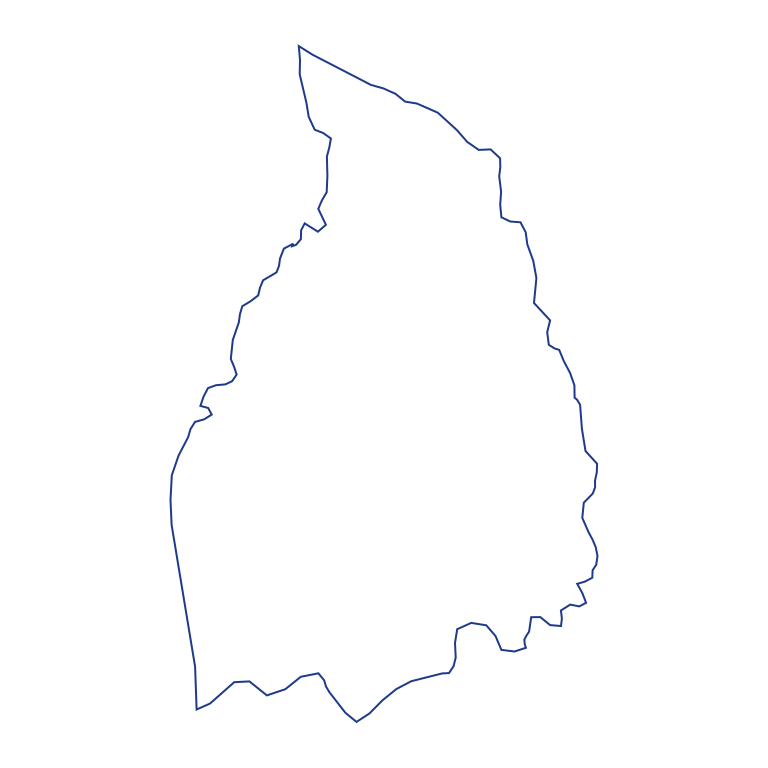 outline of Kuruṇægala
{"feature_id": "LKA-2461", "entity_name": "Kuruṇægala", "entity_type": "District", "adm_level": 1, "iso_a3": "LKA", "parent_name": "Sri Lanka", "parent_adm1": "", "projection": "robinson", "projection_center": [80.272, 7.727], "detail": "fine", "context": "isolated", "style": "outline", "palette": "blue", "viewbox_px": 768, "rotation_deg": 0, "n_neighbors": 0, "source": "natural_earth", "source_scale": "10m", "svg_char_len": 1944}
<svg xmlns="http://www.w3.org/2000/svg" viewBox="0 0 768 768"><path d="M501.4,649.9L495.5,636.0L486.3,625.3L471.2,622.9L457.2,629.2L455.0,642.9L455.7,657.6L453.6,666.1L449.0,673.1L442.3,673.4L411.3,681.2L396.4,689.0L382.5,700.3L369.4,713.5L356.5,721.9L345.4,712.8L329.6,692.5L326.0,686.5L324.2,680.4L318.4,673.3L300.8,676.8L285.3,689.2L266.9,695.4L249.4,681.4L234.2,682.2L210.1,703.5L196.6,709.5L195.1,666.7L171.6,524.8L170.5,500.0L171.8,475.3L178.6,455.5L188.1,437.2L190.5,429.1L195.0,421.9L204.2,419.3L211.7,414.6L208.2,408.0L200.4,405.9L203.6,396.5L208.0,388.1L216.1,385.2L225.3,384.4L232.1,381.2L236.6,374.6L234.2,367.0L230.8,359.0L232.8,340.0L238.8,322.5L240.0,314.0L242.3,306.2L250.5,301.3L258.2,295.4L260.0,287.7L263.1,280.3L276.5,272.4L279.0,265.9L280.0,258.6L283.9,248.6L293.3,243.7L292.5,244.9L292.1,246.2L296.1,244.8L300.9,239.1L301.1,230.3L304.7,223.4L317.9,231.7L325.9,224.8L318.3,208.8L321.9,200.4L326.7,192.2L327.4,175.9L326.9,156.5L329.4,147.1L330.9,138.5L323.3,133.1L314.7,129.7L308.7,116.8L306.4,102.7L299.7,74.3L300.0,59.8L298.8,46.1L312.5,54.7L370.9,84.9L383.4,88.4L395.6,93.9L405.1,101.6L416.8,103.5L437.8,112.7L456.9,130.1L467.2,141.9L478.7,149.9L490.6,149.4L500.1,158.3L500.3,167.3L499.2,176.3L501.1,191.7L500.2,204.8L501.4,217.3L510.2,221.5L520.5,222.3L525.7,232.3L527.3,244.3L533.3,261.0L536.4,278.0L534.0,303.0L550.1,320.4L547.2,332.2L548.8,344.8L554.5,348.4L559.2,349.9L563.8,361.1L570.1,373.0L574.4,385.3L574.6,397.7L576.9,399.5L580.1,404.7L581.9,428.7L585.5,451.0L597.1,463.8L596.8,472.3L595.0,480.8L595.1,487.3L592.8,493.5L583.8,502.7L582.3,517.9L588.6,532.3L592.5,539.5L595.7,547.1L597.5,556.1L596.2,564.8L592.6,570.3L592.3,577.7L584.7,581.7L577.2,583.8L582.3,593.0L586.1,602.8L579.3,606.4L570.2,604.6L560.9,610.5L561.9,618.5L561.0,626.0L550.1,625.1L540.3,617.1L531.2,617.2L529.1,631.6L526.5,635.5L524.3,639.7L524.8,644.4L525.9,647.8L514.5,651.5L501.4,649.9Z" fill="none" stroke="#1e3a8a" stroke-width="2"/></svg>